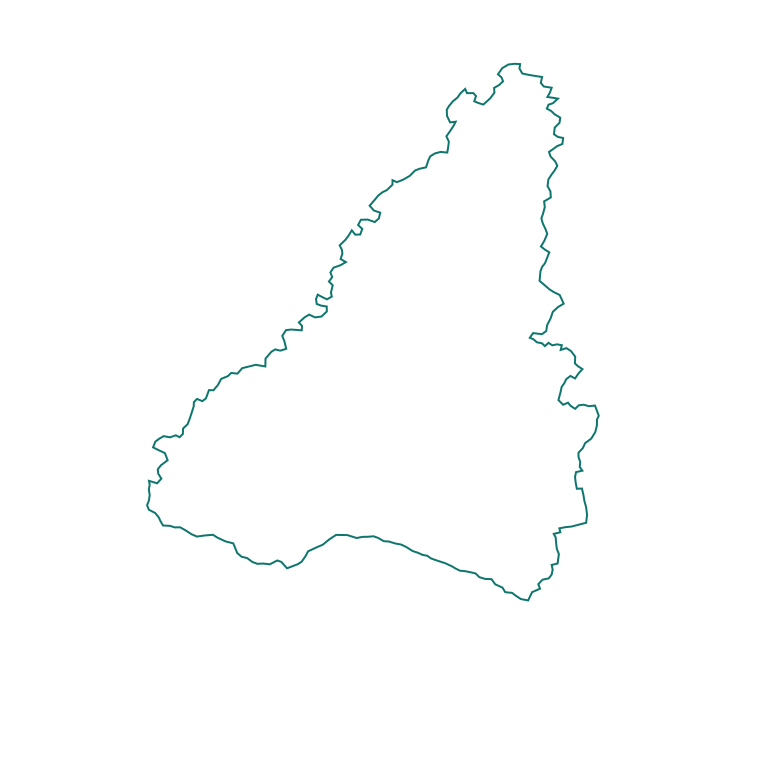 the district of Palestina, São Paulo, Brazil, rotated 69°
{"feature_id": "56859067B15290708695755", "entity_name": "Palestina", "entity_type": "district", "adm_level": 2, "iso_a3": "BRA", "parent_name": "Brazil", "parent_adm1": "São Paulo", "projection": "natural_earth1", "projection_center": [-49.516, -20.338], "detail": "fine", "context": "isolated", "style": "outline", "palette": "teal", "viewbox_px": 768, "rotation_deg": 69, "n_neighbors": 0, "source": "geoboundaries", "source_scale": "gbopen_adm2", "svg_char_len": 4365}
<svg xmlns="http://www.w3.org/2000/svg" viewBox="0 0 768 768"><g transform="rotate(69 384 384)"><path d="M188.0,259.2L191.0,262.4L196.8,267.1L195.8,273.5L195.8,278.5L198.9,285.4L200.1,292.8L200.2,299.6L196.8,303.0L201.0,304.7L204.0,311.9L204.4,316.7L206.0,321.8L208.8,326.8L212.4,333.5L218.4,331.3L222.7,326.1L227.6,329.5L229.5,334.6L224.7,340.2L222.4,346.7L226.3,351.2L231.4,348.7L235.9,352.6L234.3,357.3L229.0,359.0L232.7,363.8L235.5,368.2L238.7,375.7L243.5,375.2L247.3,376.1L251.8,379.7L256.5,375.9L257.5,381.9L257.3,389.4L260.6,394.0L265.7,394.1L268.6,398.7L273.4,396.5L279.7,400.8L283.7,401.4L284.5,406.9L280.5,410.7L276.8,413.9L280.5,417.1L285.2,418.1L288.3,414.6L291.1,409.7L295.8,411.4L298.6,418.2L297.1,424.5L292.4,429.0L293.3,434.2L296.0,441.4L300.4,439.7L304.4,441.6L302.1,446.4L299.9,451.1L298.6,456.2L302.6,461.7L308.8,461.7L316.1,462.7L315.7,468.9L312.7,473.2L313.6,477.7L317.8,485.5L325.1,488.5L320.1,496.9L319.3,503.4L318.4,510.7L321.8,517.1L318.9,522.7L320.7,527.0L320.9,534.2L325.5,539.5L328.7,545.5L327.0,549.6L333.7,555.5L334.9,559.8L330.9,563.9L332.8,568.0L336.6,569.6L341.6,573.6L346.5,577.6L351.2,581.8L353.5,587.5L358.6,589.7L360.4,594.0L357.3,596.7L357.1,602.9L353.7,608.4L354.6,613.8L355.9,618.2L360.4,622.3L365.1,618.0L370.0,613.3L377.6,613.3L379.9,621.3L382.6,625.8L386.8,626.9L392.6,625.8L395.4,631.4L390.2,638.1L394.2,638.9L398.1,641.3L403.9,642.6L408.6,645.3L412.2,648.6L417.1,648.6L422.5,643.8L427.8,642.1L432.1,641.8L436.9,641.0L439.7,634.7L442.9,630.7L444.7,625.7L449.5,621.7L455.2,617.6L459.4,613.3L461.1,605.9L463.5,597.7L467.8,594.5L474.2,588.3L478.8,581.8L489.1,581.6L494.2,578.9L497.4,574.2L502.9,570.7L506.5,566.7L508.3,561.2L511.4,555.2L510.5,546.9L513.3,543.6L521.3,540.6L521.3,529.0L520.4,524.6L516.7,519.1L513.0,514.8L512.4,506.4L512.1,498.8L509.4,490.6L507.7,482.8L511.9,472.4L518.0,464.7L519.0,458.8L520.7,454.3L522.4,448.4L525.6,444.6L530.7,440.5L532.8,435.9L536.8,430.8L540.0,425.6L543.7,422.0L550.2,417.1L554.0,412.5L557.4,409.2L559.8,405.2L563.6,402.7L567.3,398.4L573.3,391.0L578.6,385.9L581.8,383.4L585.6,379.9L587.5,375.9L590.1,371.7L593.7,366.4L598.5,364.2L602.3,359.3L604.7,353.6L610.9,351.9L616.5,346.4L621.8,345.4L624.9,339.3L629.1,336.7L633.8,333.3L637.7,327.0L631.4,320.3L631.0,311.7L626.2,311.7L623.5,306.2L624.5,299.8L622.0,295.8L617.8,293.1L613.0,292.3L613.8,286.3L605.5,281.7L599.6,281.7L593.8,280.2L588.8,278.7L584.8,279.2L585.6,272.5L581.6,272.0L582.7,265.8L584.3,260.0L585.2,251.7L586.0,245.0L578.9,241.3L571.6,239.5L564.9,238.8L558.6,237.5L552.5,236.7L550.9,241.5L545.3,240.5L539.3,239.0L535.1,236.3L536.0,229.9L531.6,231.0L527.2,228.8L521.6,228.5L517.9,227.1L515.1,221.4L511.3,217.4L509.2,210.0L504.6,204.0L499.0,200.1L493.5,197.9L490.6,194.9L485.7,194.8L479.7,194.8L478.2,200.6L474.9,205.0L473.7,209.8L475.7,214.5L471.1,217.7L467.4,218.9L467.6,224.2L461.5,226.9L455.0,222.2L450.4,219.2L447.7,215.2L444.8,212.2L443.3,207.1L447.3,203.6L443.8,198.6L441.2,193.4L437.0,196.5L433.2,198.4L427.0,195.7L420.3,197.6L415.9,200.8L415.5,206.8L411.5,204.1L409.0,208.2L408.2,213.0L404.5,215.7L406.3,220.2L402.5,222.0L399.8,226.4L396.0,228.3L393.1,231.3L389.9,226.6L394.1,218.7L392.7,213.6L387.5,210.6L382.7,205.2L377.1,200.5L374.5,193.9L373.4,187.5L369.5,187.7L363.8,188.1L359.0,192.6L354.8,195.7L348.4,199.1L343.5,201.8L334.9,197.6L331.3,194.4L328.9,190.4L324.9,186.7L320.3,182.5L316.1,185.7L311.9,188.2L307.5,182.7L302.3,177.8L297.7,177.7L291.0,178.2L285.7,177.7L282.0,174.5L276.5,170.5L270.9,169.1L269.6,161.4L263.8,159.6L257.9,160.4L251.9,157.2L248.5,152.5L245.8,148.2L242.4,144.0L237.6,144.4L231.2,147.0L226.5,146.8L225.3,142.0L224.0,137.3L223.8,131.4L218.5,128.6L215.7,133.1L211.7,135.8L205.8,132.7L203.0,126.5L198.5,124.0L193.3,128.1L189.0,130.1L185.3,133.3L182.2,130.3L182.4,125.7L179.9,119.4L177.5,123.4L174.6,128.6L171.3,124.6L167.5,121.3L163.5,128.2L159.1,129.7L154.0,126.4L151.2,131.4L147.4,137.9L143.7,143.6L138.1,144.5L134.1,142.3L131.8,147.5L130.3,153.4L131.5,160.4L135.7,166.6L139.9,164.4L144.1,164.4L146.2,169.6L147.0,175.1L151.6,176.5L155.4,182.5L158.7,191.1L155.6,195.1L152.4,198.4L148.1,194.9L144.5,196.3L142.2,202.3L137.6,202.5L139.9,208.2L142.9,212.7L144.7,218.2L147.6,223.4L150.4,227.1L156.3,229.1L163.5,228.5L164.8,223.1L167.9,226.6L171.8,232.0L175.1,237.0L181.0,236.6L185.7,239.1L190.6,242.0L187.6,248.0L187.0,253.9L188.0,259.2Z" fill="none" stroke="#0f766e" stroke-width="2"/></g></svg>